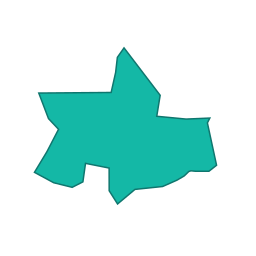 map outline of Sejas (orthographic projection), rotated 106°
{"feature_id": "LVA-5777", "entity_name": "Sejas", "entity_type": "Municipality", "adm_level": 1, "iso_a3": "LVA", "parent_name": "Latvia", "parent_adm1": "", "projection": "orthographic", "projection_center": [24.56, 57.211], "detail": "fine", "context": "isolated", "style": "filled", "palette": "teal", "viewbox_px": 256, "rotation_deg": 106, "n_neighbors": 0, "source": "natural_earth", "source_scale": "10m", "svg_char_len": 525}
<svg xmlns="http://www.w3.org/2000/svg" viewBox="0 0 256 256"><g transform="rotate(106 128 128)"><path d="M139.4,32.6L147.3,38.3L151.0,51.3L151.8,55.7L153.1,57.6L158.5,60.7L164.6,66.5L174.7,78.6L185.1,104.4L203.9,117.1L193.5,128.8L171.7,135.1L173.7,159.1L192.2,156.5L200.4,165.3L201.1,184.3L196.4,205.7L173.1,199.4L148.4,194.4L140.9,207.0L119.0,223.4L98.5,154.0L78.0,155.2L63.0,157.7L52.1,153.9L87.7,106.1L108.8,103.6L103.4,74.6L95.9,52.1L101.2,53.1L139.4,32.6Z" fill="#14b8a6" stroke="#0f766e" stroke-width="1.5"/></g></svg>